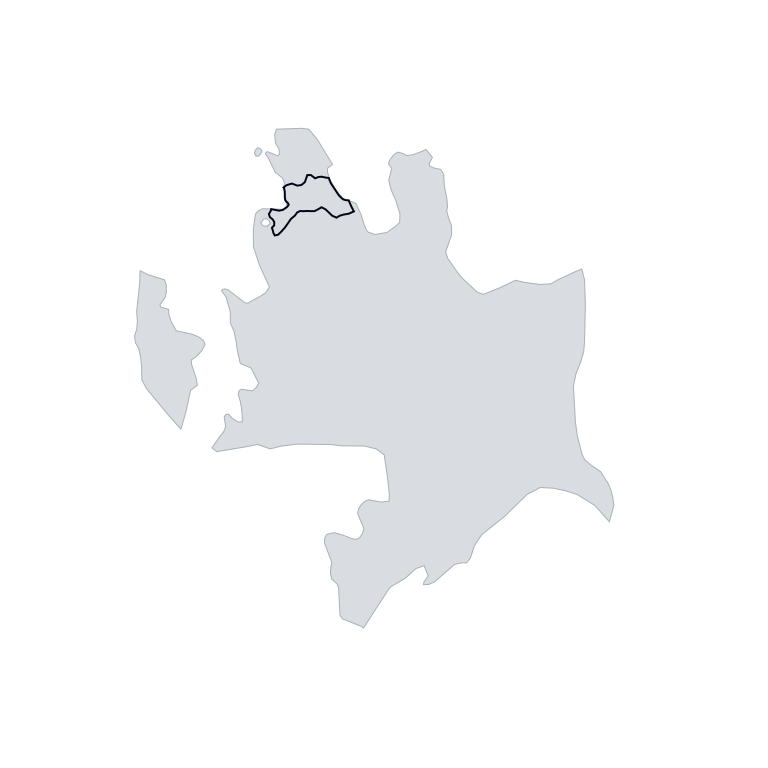 location of Tovuz within Azerbaijan, rotated 37°
{"feature_id": "AZE-1687", "entity_name": "Tovuz", "entity_type": "District", "adm_level": 1, "iso_a3": "AZE", "parent_name": "Azerbaijan", "parent_adm1": "", "projection": "orthographic", "projection_center": [45.732, 40.914], "detail": "fine", "context": "in_parent", "style": "outline", "palette": "ink", "viewbox_px": 768, "rotation_deg": 37, "n_neighbors": 0, "source": "natural_earth", "source_scale": "10m", "svg_char_len": 4238}
<svg xmlns="http://www.w3.org/2000/svg" viewBox="0 0 768 768"><g transform="rotate(37 384 384)"><path d="M514.5,591.3L511.8,591.2L492.2,596.6L488.1,595.2L470.6,574.3L467.0,572.0L459.7,571.2L455.4,567.8L451.7,562.1L449.7,557.9L432.0,546.7L429.3,542.5L428.8,538.8L431.3,535.3L434.2,532.4L442.6,529.3L452.4,526.5L455.5,524.6L457.0,521.4L456.8,516.5L455.0,511.6L440.6,503.1L439.0,499.3L438.4,494.6L439.1,489.7L441.2,485.8L452.5,480.2L458.6,474.6L454.5,468.7L441.8,455.2L426.7,440.4L416.9,440.5L405.7,445.3L387.8,458.6L377.9,464.4L365.0,473.8L350.9,484.2L339.4,495.3L332.2,504.3L319.3,508.4L312.7,516.0L291.1,538.7L285.0,538.5L284.5,527.3L284.7,518.5L283.3,513.4L276.2,506.5L276.1,503.5L278.0,501.6L283.4,502.7L290.3,502.2L293.6,499.4L286.1,490.3L279.5,484.2L273.8,480.1L272.6,477.6L272.5,475.8L273.7,473.7L283.2,468.6L284.1,463.9L283.4,458.7L268.2,451.2L256.9,454.1L246.7,445.5L240.2,438.9L232.0,431.8L224.7,427.9L217.8,418.9L205.7,409.7L198.0,407.1L198.1,405.7L199.5,404.0L202.7,402.6L224.2,402.9L226.8,401.2L228.2,397.3L231.1,391.4L234.5,382.8L234.2,375.5L212.7,363.8L197.1,353.0L186.4,338.8L179.1,325.7L179.4,321.4L181.5,317.2L198.1,305.3L199.2,302.2L198.9,300.1L193.0,293.9L185.6,287.6L183.3,283.0L178.6,280.6L169.8,280.4L154.3,272.5L151.0,271.7L150.3,270.2L151.0,268.6L162.1,265.6L162.0,263.0L158.7,259.5L152.4,257.0L146.7,250.8L144.8,245.2L164.8,229.0L170.7,225.8L183.8,228.9L210.8,239.7L209.0,245.7L211.7,249.1L218.0,253.6L229.9,258.3L240.1,260.6L245.2,258.6L253.0,256.8L263.1,262.1L272.5,268.8L277.2,271.5L279.7,272.3L286.8,270.0L295.2,261.2L298.4,250.6L299.3,245.5L294.3,238.5L284.0,231.0L272.6,224.5L265.2,218.6L260.4,207.0L255.7,205.8L254.5,204.3L253.7,200.3L253.9,194.8L255.5,190.5L260.1,188.6L264.7,187.9L268.9,183.8L274.1,175.8L276.3,171.4L286.2,173.8L287.6,181.0L289.3,182.4L293.4,181.6L300.2,178.5L305.6,180.7L312.7,189.2L322.5,198.0L327.9,204.0L330.0,208.1L335.0,212.1L342.3,216.7L348.2,224.1L353.7,241.3L359.0,245.2L377.8,251.4L384.5,252.6L402.9,254.5L409.4,252.7L418.5,237.5L426.6,222.0L434.5,218.6L448.6,210.7L457.0,203.5L460.3,195.8L468.0,181.3L472.7,173.1L481.3,180.0L496.6,198.8L518.6,229.4L524.1,238.1L527.9,248.3L531.3,260.7L536.5,271.6L559.1,298.5L568.8,308.4L584.5,321.0L590.0,323.7L597.1,324.2L610.0,323.7L622.2,328.3L628.3,331.6L634.7,336.6L640.5,342.4L646.9,358.4L625.8,354.1L604.8,356.0L593.1,360.1L581.8,365.4L571.1,372.6L564.7,386.0L560.1,416.7L552.7,445.5L553.5,458.7L557.8,471.2L557.6,477.2L553.8,479.9L549.0,485.5L543.4,511.8L540.3,517.2L536.2,520.6L534.9,517.5L534.9,510.7L525.4,505.0L520.7,512.0L517.8,526.5L511.5,541.8L511.2,544.7L514.5,591.3ZM195.6,328.5L196.5,324.4L193.9,322.6L191.1,322.5L188.7,324.5L188.7,329.6L192.0,330.5L195.6,328.5ZM125.7,446.9L122.5,442.6L121.1,440.3L130.5,438.5L146.1,432.9L150.3,435.7L154.8,441.5L157.1,446.4L157.4,455.5L159.3,457.0L166.9,454.0L170.2,457.7L176.1,462.1L186.2,466.5L200.8,459.7L208.1,457.9L214.1,458.1L217.3,460.2L218.5,467.3L217.3,476.0L215.6,480.8L218.7,484.3L230.7,492.6L235.7,497.3L233.3,505.4L242.4,525.1L245.4,532.8L249.0,542.3L230.5,538.6L197.3,530.7L188.2,526.5L179.6,515.5L174.5,510.1L166.9,503.3L160.7,500.7L156.0,495.9L153.4,488.8L149.5,482.5L142.8,474.9L127.6,449.5L125.7,446.9ZM146.6,277.6L144.6,279.0L141.5,277.6L140.6,274.5L140.9,271.2L143.9,270.4L146.4,271.4L147.1,274.4L146.6,277.6Z" fill="#d9dde1" stroke="#a8b0b8" stroke-width="1"/><path d="M188.7,312.2L195.9,308.7L198.4,305.9L200.1,300.9L200.0,298.2L198.4,297.3L196.2,297.1L194.3,296.5L192.8,295.0L188.8,289.9L186.4,287.8L185.5,287.6L186.5,283.9L188.3,281.4L189.9,279.3L192.7,278.5L195.5,277.7L198.3,274.7L199.3,270.4L198.2,266.9L197.0,263.3L199.9,261.1L205.2,261.2L207.0,258.2L209.4,256.0L213.1,254.3L215.9,252.7L220.6,255.6L234.3,260.5L238.8,261.1L241.0,260.9L242.8,260.2L245.3,258.6L245.8,258.9L250.9,261.8L256.1,264.3L253.3,269.3L249.5,273.3L248.5,274.7L247.5,276.1L246.6,278.0L246.0,279.7L241.4,280.8L236.7,280.2L232.1,279.7L227.7,280.5L226.3,284.0L224.5,287.7L221.5,290.0L218.4,292.1L215.8,294.4L213.0,296.2L211.4,299.2L211.5,303.0L210.3,308.4L210.6,313.8L210.7,319.2L210.2,324.9L209.5,328.7L207.3,331.1L204.9,330.0L202.7,328.2L200.5,326.7L200.8,323.4L198.9,320.7L196.0,319.5L192.5,319.4L189.8,317.6L189.3,313.6L188.7,312.2Z" fill="none" stroke="#020617" stroke-width="2"/></g></svg>